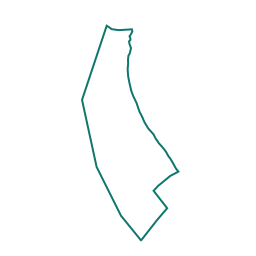 the district of Baron'S Drive/Coin De L'Anse, Soufrière, Saint Lucia, rotated 129°
{"feature_id": "8701671B23391099181160", "entity_name": "Baron'S Drive/Coin De L'Anse", "entity_type": "district", "adm_level": 2, "iso_a3": "LCA", "parent_name": "Saint Lucia", "parent_adm1": "Soufrière", "projection": "orthographic", "projection_center": [-61.06, 13.851], "detail": "fine", "context": "isolated", "style": "outline", "palette": "teal", "viewbox_px": 256, "rotation_deg": 129, "n_neighbors": 0, "source": "geoboundaries", "source_scale": "gbopen_adm2", "svg_char_len": 851}
<svg xmlns="http://www.w3.org/2000/svg" viewBox="0 0 256 256"><g transform="rotate(129 128 128)"><path d="M130.2,61.4L129.3,65.3L127.7,69.3L126.3,72.7L125.1,76.1L124.6,78.5L123.4,81.5L122.6,83.4L121.7,87.1L120.9,91.2L120.4,94.6L119.4,97.4L119.1,99.1L118.0,101.7L117.0,103.8L116.6,105.7L115.8,111.1L115.2,113.2L114.2,115.9L113.0,119.1L112.2,120.7L110.8,123.2L108.0,129.5L103.0,137.4L100.1,143.7L96.9,149.1L91.6,155.8L88.0,160.1L85.5,162.5L82.4,165.4L78.1,168.2L74.9,171.0L71.4,173.2L69.2,173.5L66.8,174.6L63.9,176.0L63.2,177.4L61.4,180.2L60.0,181.7L57.9,181.6L56.5,183.1L55.8,184.5L52.9,184.8L50.1,185.5L48.9,187.1L57.8,196.8L61.4,202.8L61.7,207.0L61.9,208.9L62.5,208.7L135.1,181.4L178.0,127.9L200.6,78.2L207.1,47.3L206.3,47.1L181.6,47.5L165.7,47.1L160.7,68.6L154.1,68.2L138.6,65.0L130.2,61.4Z" fill="none" stroke="#0f766e" stroke-width="2"/></g></svg>